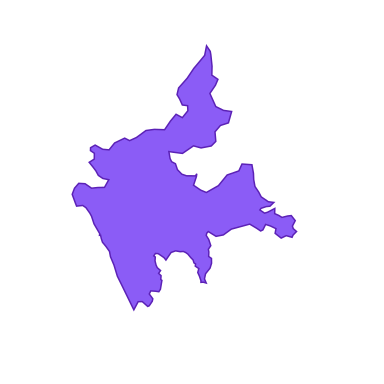 Ishtikhan, Samarkand, Uzbekistan (Albers equal-area conic projection), rotated 33°
{"feature_id": "79887680B73801633322119", "entity_name": "Ishtikhan", "entity_type": "district", "adm_level": 2, "iso_a3": "UZB", "parent_name": "Uzbekistan", "parent_adm1": "Samarkand", "projection": "albers", "projection_center": [66.584, 40.003], "detail": "fine", "context": "isolated", "style": "filled", "palette": "violet", "viewbox_px": 384, "rotation_deg": 33, "n_neighbors": 0, "source": "geoboundaries", "source_scale": "gbopen_adm2", "svg_char_len": 2484}
<svg xmlns="http://www.w3.org/2000/svg" viewBox="0 0 384 384"><g transform="rotate(33 192 192)"><path d="M207.4,322.5L206.6,313.3L210.0,311.0L217.2,312.1L218.1,310.7L218.2,305.3L217.3,302.9L211.7,300.8L211.3,297.4L215.4,295.1L218.5,293.7L218.5,290.8L214.9,282.5L213.5,282.4L211.6,279.0L208.3,278.4L208.4,275.0L204.1,274.4L201.7,272.9L198.5,269.9L196.6,266.5L194.7,266.4L194.8,263.5L197.2,262.1L201.5,262.2L204.3,262.3L207.2,263.3L207.3,258.0L207.4,254.1L210.3,250.3L214.6,248.5L217.1,246.6L219.5,246.2L222.3,246.3L227.1,247.8L229.9,248.4L232.3,250.4L234.2,250.4L235.1,252.4L239.4,252.5L240.7,256.4L244.0,258.5L247.8,261.5L248.7,262.9L250.6,261.5L253.5,260.6L249.8,258.1L247.9,253.2L248.6,246.0L247.2,241.1L244.5,237.1L241.1,237.0L238.8,233.1L236.9,231.1L237.0,226.8L231.9,222.7L227.6,220.7L226.8,218.6L227.2,216.3L236.3,216.1L241.7,210.9L245.2,201.7L257.9,187.5L266.0,187.2L270.8,187.3L272.1,185.2L271.4,179.1L276.2,177.8L282.4,177.0L284.2,181.4L291.9,182.1L294.8,177.3L300.6,175.5L300.2,173.1L301.2,168.2L296.9,167.6L294.8,165.9L294.2,159.8L288.1,157.7L285.2,160.1L281.3,164.3L277.4,164.4L273.1,165.1L270.4,160.7L266.4,167.8L264.4,170.2L258.7,170.1L258.8,168.1L262.2,163.8L265.1,161.5L266.3,156.2L261.3,158.6L252.7,158.4L247.9,155.7L241.8,153.1L237.0,148.0L233.4,142.9L227.4,136.5L218.7,141.3L219.8,148.8L212.2,158.6L210.7,172.3L204.3,184.6L198.2,185.7L189.6,185.5L187.3,176.7L186.1,174.1L186.1,176.6L178.6,181.4L173.7,182.6L167.6,181.2L162.7,177.3L158.4,177.7L155.4,175.9L150.6,170.7L155.5,168.4L163.0,164.8L168.1,152.5L175.6,150.1L183.1,142.9L184.4,136.6L178.5,129.0L179.6,120.7L184.9,114.2L181.4,102.9L174.0,106.4L165.4,107.4L153.3,99.6L153.5,89.7L152.4,83.4L145.0,83.2L140.3,75.6L133.1,66.7L130.7,64.1L124.6,61.5L128.2,70.5L127.2,79.3L126.2,87.3L126.0,99.2L125.0,106.0L124.1,112.0L126.4,118.5L130.9,120.7L136.5,124.3L141.3,122.0L144.3,126.1L143.4,134.9L136.3,135.5L135.3,144.3L135.1,154.7L126.3,160.0L119.9,165.5L115.7,176.6L111.7,182.9L106.2,183.5L100.4,193.0L99.5,201.8L93.9,204.8L85.2,205.4L82.8,210.1L84.3,212.6L89.0,212.7L92.1,217.6L89.6,223.1L95.1,224.9L99.8,226.6L104.4,229.1L109.9,229.2L115.5,227.0L116.1,235.8L110.5,239.6L105.7,243.5L97.8,243.3L92.3,246.4L91.4,252.8L92.8,259.2L100.5,265.0L102.9,266.7L107.7,262.8L111.6,262.9L117.9,265.4L121.0,267.1L127.2,272.1L137.3,277.2L138.0,278.7L138.8,278.0L141.2,280.4L144.3,282.9L149.7,284.6L155.2,286.8L158.9,290.7L166.4,295.8L175.3,303.3L182.9,307.8L207.4,322.5Z" fill="#8b5cf6" stroke="#5b21b6" stroke-width="1.5"/></g></svg>